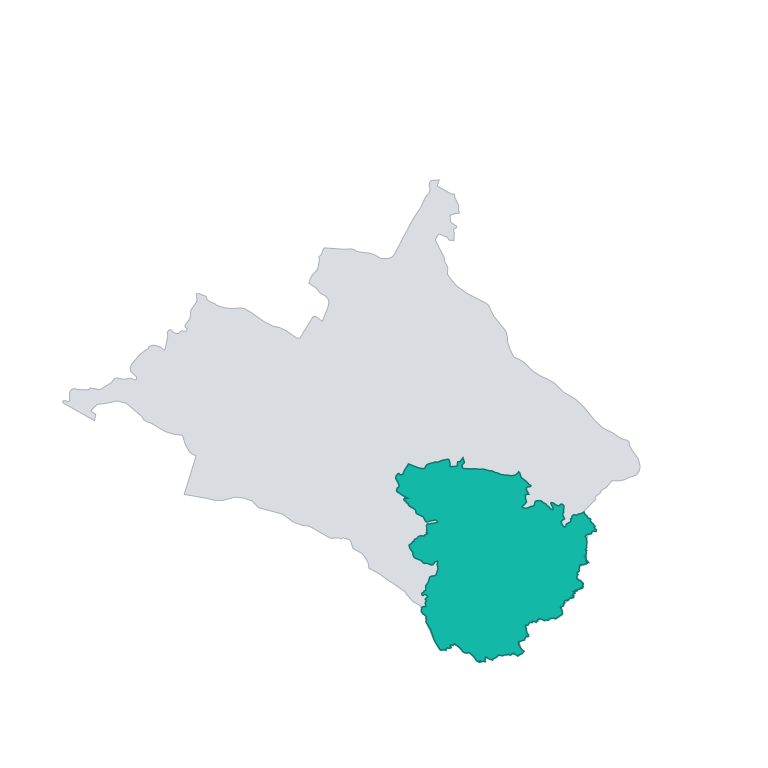 Orientale highlighted on a map of Democratic Republic of the Congo, rotated 119°
{"feature_id": "COD-1559", "entity_name": "Orientale", "entity_type": "Province", "adm_level": 1, "iso_a3": "COD", "parent_name": "Democratic Republic of the Congo", "parent_adm1": "", "projection": "equal_earth", "projection_center": [26.062, 1.632], "detail": "fine", "context": "in_parent", "style": "filled", "palette": "teal", "viewbox_px": 768, "rotation_deg": 119, "n_neighbors": 0, "source": "natural_earth", "source_scale": "10m", "svg_char_len": 9833}
<svg xmlns="http://www.w3.org/2000/svg" viewBox="0 0 768 768"><g transform="rotate(119 384 384)"><path d="M577.4,505.2L537.6,513.6L538.4,516.6L538.0,519.8L537.0,522.3L532.9,528.9L526.9,535.0L526.9,536.4L529.8,543.2L531.7,552.5L531.2,568.8L532.0,573.2L531.9,576.6L529.8,580.4L525.8,600.0L528.4,609.5L536.2,618.3L540.8,624.9L548.5,627.3L549.8,626.9L550.3,621.4L556.4,619.4L556.2,654.2L555.8,656.1L554.7,656.6L553.2,655.5L552.7,652.1L551.1,650.7L543.6,655.0L541.7,654.9L539.6,654.2L538.1,652.4L537.6,649.7L532.4,639.6L529.8,638.9L526.9,629.8L515.0,623.1L510.5,622.5L508.1,620.5L505.8,613.3L501.8,608.7L501.0,603.5L500.2,602.8L497.8,603.8L495.7,612.0L493.0,613.9L488.1,614.1L476.0,611.7L467.3,607.5L465.0,607.8L461.5,604.1L460.1,597.8L460.9,593.0L460.2,592.2L447.0,596.3L443.8,598.7L440.8,598.1L439.8,596.8L441.1,593.5L440.5,589.9L439.5,588.2L435.6,586.9L434.3,583.0L431.9,582.4L431.1,583.0L430.5,585.7L429.1,586.5L421.2,585.3L412.9,588.7L401.9,587.7L396.6,591.8L395.9,591.7L394.7,589.6L393.7,583.0L394.2,581.2L395.9,579.9L396.4,577.2L395.8,570.4L396.3,568.8L395.7,564.8L394.0,558.5L391.6,553.4L386.6,545.6L385.7,542.0L386.0,533.3L387.6,519.6L387.3,509.4L385.3,502.8L384.8,495.7L386.1,482.8L384.8,479.8L359.5,478.7L358.5,477.7L358.0,475.9L359.1,468.3L343.8,470.3L339.1,471.7L336.3,474.8L335.4,478.7L335.3,484.3L333.0,489.6L332.4,498.6L328.2,499.6L323.9,499.6L315.7,497.7L307.8,500.3L303.9,502.7L301.8,501.5L294.6,502.4L293.7,501.8L285.4,484.0L281.7,478.1L281.0,475.2L281.2,472.5L280.2,468.7L276.4,459.6L275.6,455.4L275.7,448.7L275.3,446.5L271.8,440.7L269.5,438.8L267.0,437.8L225.8,438.6L212.1,437.5L202.2,438.3L197.2,437.8L195.8,436.9L191.2,438.2L188.8,440.6L185.3,441.8L183.1,441.3L178.7,434.7L184.6,433.5L185.0,432.9L185.2,417.0L183.7,414.8L186.8,412.1L191.8,405.1L196.7,402.6L197.3,401.2L198.4,401.2L200.2,404.2L204.4,408.0L209.6,404.6L210.2,403.7L210.8,396.9L212.1,396.3L214.4,397.8L215.7,397.8L217.9,395.8L224.6,392.4L226.6,396.7L224.8,400.7L225.6,403.5L225.8,407.8L226.9,408.8L232.2,409.3L233.8,408.2L244.2,392.6L246.9,390.8L251.3,384.6L257.2,381.8L259.7,376.9L263.0,368.1L264.5,355.5L263.9,333.7L264.4,330.8L271.4,321.0L278.7,303.1L283.6,298.4L287.3,296.5L293.0,290.0L297.5,283.5L296.9,275.6L297.9,269.0L300.4,260.7L301.2,251.9L300.4,242.6L300.7,235.0L304.1,222.9L304.4,209.0L307.5,197.3L313.5,182.5L316.4,171.5L315.9,160.6L316.7,152.6L316.4,147.9L315.3,143.8L315.9,141.3L318.2,140.2L321.0,136.1L326.1,125.4L331.7,120.2L335.5,118.6L339.5,118.8L342.1,119.7L346.3,123.9L351.1,127.2L354.7,131.4L358.2,137.9L366.7,139.3L370.4,141.7L372.6,142.5L373.5,141.9L375.2,142.3L379.3,144.2L382.5,143.1L398.3,147.4L400.1,145.3L404.6,134.1L407.9,130.3L413.3,129.9L417.5,132.1L419.8,132.1L439.2,122.5L441.7,122.0L448.8,124.3L453.4,122.8L455.3,123.2L459.2,121.6L462.5,114.9L465.2,113.2L493.1,120.5L497.4,116.9L499.4,116.6L505.6,119.1L507.5,123.2L511.2,126.8L513.9,132.6L518.1,135.9L520.2,139.0L522.6,141.1L527.7,141.9L534.1,136.7L538.7,137.2L543.3,140.0L544.9,139.9L548.3,136.8L550.1,133.6L551.9,132.9L554.6,134.3L556.8,137.4L558.8,141.8L565.8,151.8L572.5,156.1L574.2,162.2L576.7,161.6L577.9,162.2L579.7,166.1L580.9,166.9L581.1,168.5L579.5,172.1L577.9,179.1L580.0,183.4L578.2,189.7L577.3,196.2L579.5,197.8L582.4,197.7L585.0,201.0L587.0,201.5L589.1,205.1L588.7,208.1L582.0,218.6L572.0,231.5L568.6,233.1L566.8,235.5L565.6,239.2L562.7,242.4L560.4,243.7L560.3,253.0L556.9,262.7L555.6,264.6L553.8,280.3L554.1,283.1L552.2,295.9L552.5,307.8L547.7,311.6L544.3,317.5L542.9,321.6L542.9,331.3L537.4,337.2L537.0,338.6L538.4,345.4L540.4,346.5L540.4,348.8L544.9,356.2L544.6,378.9L544.8,381.1L547.2,386.5L548.7,396.7L547.0,409.8L553.0,433.7L550.3,442.4L551.6,450.8L555.2,459.6L563.7,468.2L565.9,471.8L568.1,476.6L570.1,484.0L577.4,505.2Z" fill="#d9dde1" stroke="#a8b0b8" stroke-width="1"/><path d="M506.4,120.2L506.3,121.9L507.7,123.4L508.0,124.5L508.8,125.2L510.7,125.5L511.4,126.5L511.7,128.2L512.0,128.5L512.8,128.3L513.1,128.7L513.4,130.0L513.3,131.7L513.6,134.0L514.4,134.2L515.2,135.3L516.6,135.4L516.9,134.8L517.3,135.1L518.8,135.3L518.7,137.4L519.5,139.1L520.7,138.5L521.5,140.3L522.3,141.2L525.0,141.1L525.7,141.8L526.2,143.1L526.7,143.3L527.6,142.9L529.2,140.6L530.5,140.5L530.8,139.6L532.2,138.8L533.4,135.9L534.1,135.8L534.7,135.2L535.4,135.9L535.5,137.1L536.0,137.4L538.4,137.4L539.7,136.9L544.2,141.5L544.8,141.4L545.2,140.1L546.6,140.1L547.3,138.3L548.4,137.0L549.5,134.4L549.9,131.9L553.3,132.7L555.4,134.5L556.1,134.4L557.2,135.2L556.8,136.1L557.0,137.1L556.7,139.5L557.0,140.6L557.6,141.2L559.0,141.3L560.1,142.4L560.3,142.9L559.9,144.2L561.3,145.0L562.5,147.4L564.2,148.3L565.7,152.6L567.4,152.8L568.9,153.4L571.4,155.2L572.9,155.2L573.7,160.2L573.3,162.5L574.4,162.8L575.7,162.0L576.5,162.0L577.7,160.7L578.1,161.1L578.4,162.8L579.7,164.0L579.4,165.5L579.7,166.1L580.9,165.2L581.2,165.9L581.2,168.9L578.9,173.2L577.7,178.7L577.9,179.7L579.3,181.1L579.8,182.3L580.0,184.6L579.5,186.6L578.9,187.0L577.5,192.2L577.5,194.3L577.0,196.5L579.0,196.8L579.3,198.5L580.4,199.7L581.1,199.3L581.7,197.6L582.5,197.6L584.1,199.8L584.0,200.5L584.4,201.0L585.6,201.2L587.0,200.6L587.3,203.0L589.3,204.9L589.1,206.4L583.8,215.8L576.4,223.9L572.0,231.5L571.0,232.4L569.5,232.6L568.7,233.9L567.7,233.5L566.8,234.5L566.3,236.2L566.3,238.5L564.8,241.3L562.5,242.0L561.3,242.8L559.6,241.7L558.4,239.6L557.2,240.2L555.6,241.9L553.0,241.9L552.4,243.5L552.0,243.7L549.1,242.6L548.3,243.7L547.9,245.5L548.7,246.7L550.2,247.5L550.4,248.1L548.8,249.5L546.7,248.4L545.5,248.6L544.6,247.8L543.7,247.6L540.4,249.7L536.2,249.2L530.6,250.4L528.9,249.2L526.9,246.4L525.8,246.0L519.9,247.1L518.0,248.1L516.2,250.1L513.1,250.8L513.2,251.8L515.1,253.2L515.9,253.5L516.7,253.2L517.6,253.7L518.4,253.6L518.9,254.1L519.5,255.1L519.4,256.2L519.7,256.8L519.9,259.6L520.4,260.6L521.1,261.1L521.6,263.0L520.8,264.4L520.5,266.9L521.2,272.2L520.8,274.1L519.1,276.1L517.6,276.9L515.8,280.6L514.6,282.4L512.7,284.0L509.8,282.6L508.1,282.6L507.3,281.5L505.2,282.1L503.3,280.5L500.5,279.9L498.6,277.9L498.2,276.4L497.0,275.1L495.9,275.0L493.7,273.4L493.3,273.7L493.5,274.6L493.3,275.0L492.4,274.8L490.4,276.3L489.3,276.5L487.6,278.1L485.5,278.3L484.8,277.4L484.5,276.2L482.6,274.6L482.1,273.1L481.5,272.9L480.4,271.4L478.8,270.1L477.8,271.9L477.9,273.0L481.0,276.7L483.3,278.9L483.9,279.8L484.1,280.9L481.2,285.2L481.6,293.0L478.8,295.6L478.4,298.9L478.8,300.2L478.4,301.5L478.4,302.9L478.1,303.2L478.1,304.0L476.9,304.9L476.9,307.1L476.0,308.2L476.2,309.2L475.8,310.4L475.2,310.8L474.0,310.6L474.0,310.1L472.4,307.9L472.4,314.8L472.0,317.3L472.0,319.8L471.3,321.4L468.8,322.0L466.8,321.2L465.5,321.6L464.5,322.6L460.8,328.1L458.9,328.8L456.9,328.7L455.2,328.0L455.0,327.4L455.4,326.3L455.4,325.4L453.9,323.8L450.3,324.3L442.0,323.8L440.7,313.8L440.1,311.5L438.8,308.2L438.0,307.6L434.3,307.6L431.9,306.0L428.7,302.5L427.5,301.7L426.2,298.9L423.0,296.5L419.5,292.6L418.6,291.2L418.7,290.4L421.4,287.7L424.1,286.3L424.0,285.7L421.0,281.0L420.3,280.2L416.4,281.8L414.8,279.8L410.2,279.2L413.5,275.7L414.3,275.6L417.0,276.6L417.9,275.6L419.2,275.0L419.5,273.7L416.0,266.6L413.8,263.0L412.5,259.6L410.1,255.5L408.9,250.0L407.5,247.2L407.6,244.4L406.7,241.4L406.6,238.4L404.9,233.7L403.8,231.6L402.7,228.4L400.8,225.9L399.7,224.9L397.0,223.8L395.4,223.7L395.9,222.2L398.5,219.6L399.3,218.3L400.2,212.4L401.6,208.4L401.5,206.5L401.8,206.0L403.3,206.7L404.3,208.4L405.5,209.1L407.7,208.0L408.3,207.3L408.3,206.5L409.1,206.4L409.3,205.0L410.0,204.8L410.2,204.0L411.9,206.2L412.7,206.6L415.6,204.6L418.1,202.1L421.7,202.9L424.0,204.0L424.7,203.7L424.2,199.8L422.4,198.0L419.8,196.2L418.5,194.2L417.4,193.8L413.5,194.8L412.4,194.2L411.6,193.2L409.9,189.9L410.6,187.6L410.4,184.5L411.2,182.8L411.4,181.0L412.3,178.1L412.3,175.8L411.6,175.3L410.7,175.7L407.6,180.2L406.7,180.4L406.0,178.5L406.4,174.4L406.1,172.6L405.4,171.8L403.3,171.1L402.7,169.7L403.0,168.2L403.8,167.2L407.5,165.7L409.2,164.5L410.7,164.8L411.6,164.4L414.4,160.7L416.0,161.7L417.2,161.8L418.2,162.6L418.7,162.4L421.2,158.9L421.7,156.5L419.6,156.0L418.3,156.7L414.0,154.1L412.3,154.6L411.6,155.4L410.5,154.5L408.8,155.5L407.3,155.2L406.0,154.2L405.5,151.8L404.1,151.4L401.3,148.4L399.0,147.1L400.9,144.7L400.8,143.2L401.5,141.7L402.4,140.8L401.9,139.1L402.0,137.6L404.1,137.0L404.3,135.8L405.0,134.3L404.8,133.1L405.6,132.1L406.2,130.3L406.5,130.1L407.6,130.7L408.5,129.1L408.3,128.1L408.6,127.4L410.3,127.1L411.2,129.5L412.9,130.7L414.4,129.9L415.3,131.3L416.2,132.1L416.5,132.9L417.6,133.7L419.7,134.2L420.4,132.2L421.7,131.7L423.5,130.0L427.2,128.5L428.4,127.5L431.2,127.6L431.3,126.1L431.9,126.5L434.3,124.6L435.6,125.1L436.8,123.6L437.6,123.6L437.9,124.3L438.7,122.2L440.3,121.9L440.9,121.3L440.9,120.9L440.1,120.5L440.9,118.7L441.2,119.9L441.6,120.3L441.7,119.4L442.2,119.2L443.4,119.8L444.3,121.2L445.3,121.5L445.6,122.7L446.8,123.5L446.4,124.3L448.1,124.7L448.8,124.3L449.3,124.6L450.0,123.9L450.6,124.1L453.0,122.5L455.5,123.7L456.7,121.8L457.4,122.1L458.8,122.0L460.5,121.4L461.4,118.2L460.6,117.6L460.5,116.9L461.1,115.7L461.3,114.4L462.0,113.8L461.7,113.3L462.4,112.6L463.2,112.8L464.2,111.9L464.7,112.4L465.5,112.0L465.3,111.5L465.6,111.4L466.4,111.4L466.8,112.4L467.3,112.4L467.0,113.0L467.3,113.3L467.9,113.0L468.7,113.6L469.9,115.0L470.5,115.2L470.7,114.8L470.4,114.6L470.9,114.7L471.0,115.4L471.4,115.2L471.7,116.7L472.2,116.0L472.7,116.0L473.5,117.4L473.5,116.8L473.8,116.4L474.5,116.6L474.8,115.7L476.0,116.8L476.9,116.5L477.1,116.0L477.4,116.2L477.3,115.2L477.8,115.4L478.2,114.8L478.8,115.6L479.1,115.4L479.4,115.8L479.7,115.4L480.0,116.5L480.3,116.4L480.3,117.0L480.7,116.8L481.3,117.7L483.0,118.0L483.2,118.4L483.8,118.0L484.9,119.3L485.4,120.6L486.2,120.9L487.5,120.4L487.6,120.6L488.3,120.0L489.0,120.4L490.3,119.6L491.3,119.6L492.8,121.2L493.3,120.7L494.1,121.2L496.1,117.9L498.5,116.4L499.4,116.5L502.1,118.1L503.4,118.5L504.3,119.4L506.4,120.2Z" fill="#14b8a6" stroke="#0f766e" stroke-width="1.5"/></g></svg>